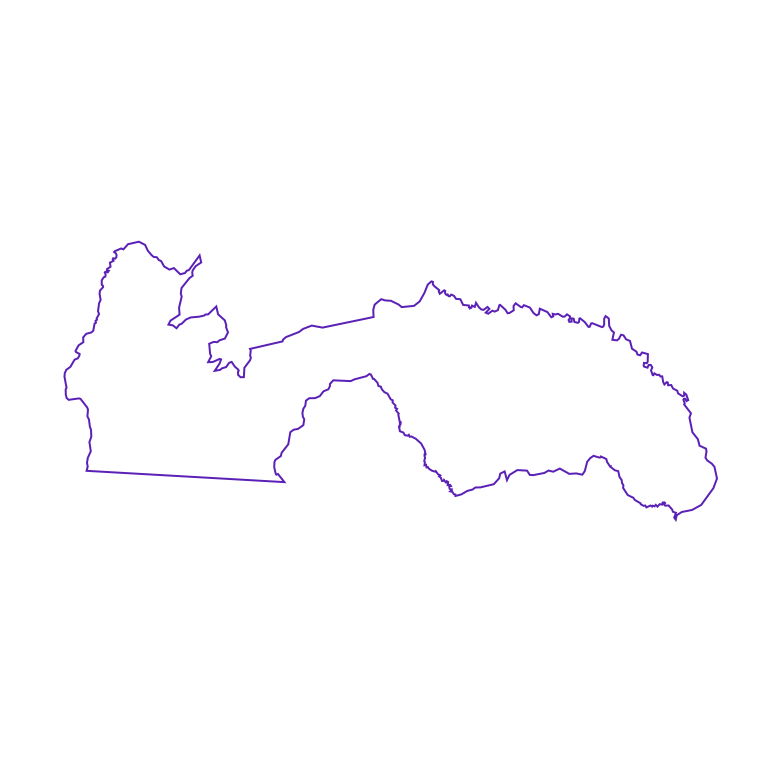 the district of São Félix do Araguaia, Mato Grosso, Brazil, rotated 172°
{"feature_id": "56859067B54991290304343", "entity_name": "São Félix do Araguaia", "entity_type": "district", "adm_level": 2, "iso_a3": "BRA", "parent_name": "Brazil", "parent_adm1": "Mato Grosso", "projection": "robinson", "projection_center": [-52.053, -11.478], "detail": "fine", "context": "isolated", "style": "outline", "palette": "violet", "viewbox_px": 768, "rotation_deg": 172, "n_neighbors": 0, "source": "geoboundaries", "source_scale": "gbopen_adm2", "svg_char_len": 6136}
<svg xmlns="http://www.w3.org/2000/svg" viewBox="0 0 768 768"><g transform="rotate(172 384 384)"><path d="M698.4,412.2L688.2,412.2L686.6,411.5L681.2,402.1L680.7,399.8L682.2,393.3L681.1,389.8L681.2,382.5L680.5,379.3L681.2,372.5L683.8,367.5L683.7,358.2L687.6,352.1L689.1,347.2L688.9,343.5L690.6,339.4L496.3,300.7L501.5,309.6L503.2,309.2L503.7,310.0L504.3,316.9L503.3,322.1L502.1,324.0L496.2,327.0L494.9,330.2L487.2,337.6L483.5,349.3L479.9,351.3L475.4,351.5L469.6,354.5L467.9,360.1L468.9,362.9L468.8,366.8L467.3,370.8L465.0,373.3L463.6,378.4L460.0,380.3L454.3,379.6L449.3,380.9L444.9,385.2L439.8,386.5L437.9,389.3L437.5,391.6L433.7,394.7L416.5,391.5L412.7,392.7L400.3,394.2L397.0,396.0L395.6,395.1L394.2,390.6L393.2,390.5L390.2,386.0L389.8,382.8L387.5,381.8L387.0,379.3L384.8,375.9L381.8,373.9L379.5,367.9L377.6,366.6L378.1,364.5L375.6,361.1L376.3,359.0L374.5,357.6L375.8,356.1L373.5,352.6L374.1,351.6L373.7,344.5L372.7,343.9L373.1,342.6L373.6,343.3L374.4,339.7L375.1,339.7L374.8,335.0L371.5,333.2L370.5,330.4L367.5,329.5L366.5,330.2L365.9,328.2L364.1,328.2L360.2,325.4L355.5,319.9L353.0,313.2L352.7,310.2L353.5,308.9L352.7,308.5L353.9,307.2L353.6,305.2L354.9,302.1L354.4,300.8L355.2,297.9L353.6,298.1L353.5,295.5L352.1,295.6L351.4,293.9L348.5,291.4L345.7,290.1L344.9,290.6L343.1,287.2L341.0,285.7L342.3,284.9L340.8,283.3L340.0,279.9L338.4,279.8L337.9,280.6L336.5,277.9L335.7,277.7L335.3,278.9L334.1,278.0L335.0,275.0L332.5,274.9L332.0,273.7L333.5,274.0L333.7,273.2L333.6,271.1L332.8,270.1L331.6,270.3L331.6,269.2L333.1,268.4L331.4,267.8L330.1,265.1L328.7,264.6L328.8,263.2L322.8,263.9L316.5,266.5L310.9,267.2L307.9,268.8L302.9,268.2L289.2,269.5L283.1,274.6L281.3,279.1L276.7,280.6L275.6,271.7L272.4,276.5L264.0,280.2L254.4,278.3L252.3,273.7L248.8,273.0L237.5,273.6L233.2,275.4L228.6,273.6L221.7,275.8L213.0,269.2L206.1,268.7L200.2,266.6L197.3,269.8L193.6,278.7L190.1,281.9L186.5,283.7L181.1,281.2L179.7,281.2L179.3,282.0L174.3,278.8L174.0,275.9L171.6,270.8L170.9,271.0L170.9,270.1L167.5,266.5L164.2,265.1L163.7,259.1L162.0,255.8L162.1,252.9L161.0,250.5L161.7,247.9L158.1,240.1L152.9,236.6L151.7,234.2L146.6,230.2L146.5,229.2L143.9,227.2L142.2,227.3L141.3,225.3L137.0,226.6L135.6,225.3L134.8,226.1L133.1,225.2L131.7,226.5L130.2,224.5L127.8,226.6L125.3,225.9L124.6,227.8L122.9,227.8L122.2,227.0L123.5,225.9L122.5,224.4L119.1,224.1L116.1,219.5L115.7,217.3L112.8,215.8L115.2,211.4L114.0,209.0L112.4,213.3L106.9,215.8L96.4,216.4L86.7,220.1L72.3,235.0L67.4,244.1L68.3,256.0L70.4,259.4L74.6,263.4L75.9,266.3L74.0,272.5L74.1,275.1L80.1,279.0L80.9,285.8L85.3,293.2L86.2,308.2L84.1,312.3L89.6,321.9L88.9,322.8L89.7,326.9L88.9,327.7L87.8,327.5L86.8,325.0L85.0,325.7L86.1,331.4L88.0,333.5L88.4,330.7L90.0,330.3L94.1,333.8L94.5,336.5L98.4,339.3L99.7,343.0L102.8,343.2L102.8,346.0L103.7,346.5L106.4,344.5L107.3,347.3L107.4,352.8L109.2,353.0L110.3,354.9L112.3,354.9L114.8,356.9L116.0,355.2L116.7,355.5L117.7,360.3L116.0,363.1L117.2,365.8L119.2,366.0L120.8,363.5L124.1,365.1L124.3,366.0L123.6,368.7L120.9,368.0L119.8,369.3L118.5,376.9L124.1,379.3L126.4,376.8L128.9,377.9L129.5,380.9L133.5,384.4L134.4,392.4L138.1,394.6L140.0,398.8L142.4,399.8L145.1,396.0L147.3,394.8L151.7,396.0L149.1,403.1L151.1,405.2L152.9,410.1L152.3,417.6L155.1,420.4L156.9,418.0L157.7,412.3L158.8,410.4L160.2,410.0L169.1,415.1L170.4,415.2L172.4,412.0L173.6,412.1L176.6,417.4L180.7,421.8L181.4,421.6L182.3,418.2L183.5,417.6L186.8,418.9L187.1,422.3L189.3,422.9L189.5,419.7L191.8,419.7L192.3,421.7L190.7,423.4L190.4,425.1L193.1,427.5L195.6,425.7L197.5,425.7L201.9,429.3L204.6,429.0L207.1,430.0L207.0,427.4L209.0,426.8L212.2,432.5L219.2,436.9L221.0,431.6L223.4,430.8L226.1,433.5L228.9,439.4L234.5,442.6L236.5,440.7L237.9,441.3L242.4,445.6L244.9,443.1L245.3,438.9L250.1,436.8L251.7,436.9L253.5,440.7L258.0,446.2L258.8,446.0L260.9,441.3L264.4,440.3L266.5,441.5L271.0,439.1L273.3,440.5L269.2,443.7L270.8,445.9L275.0,443.6L277.2,444.2L279.3,446.7L281.6,451.6L283.4,447.7L285.9,449.4L286.8,447.4L288.1,447.0L287.9,447.9L289.2,448.1L289.0,449.9L294.6,451.3L296.6,457.3L300.8,458.3L302.4,461.5L305.0,463.2L306.6,461.7L307.7,462.0L308.4,463.6L308.9,463.1L310.2,464.0L310.9,465.5L310.4,467.6L311.3,468.4L316.2,465.6L316.9,467.9L316.2,469.2L320.5,473.8L321.8,475.9L321.3,478.3L322.8,479.0L326.8,476.4L331.4,468.4L337.2,460.8L343.4,457.2L355.8,457.7L358.4,460.6L365.5,465.4L371.5,466.7L374.9,468.4L382.2,463.9L384.3,459.0L385.0,451.8L437.0,448.4L447.4,451.9L456.5,449.8L461.0,447.3L474.5,444.1L477.7,442.1L478.6,440.3L511.8,437.4L511.3,435.9L512.6,430.7L512.2,428.5L513.3,426.2L520.0,419.5L521.8,410.3L525.1,410.7L527.2,413.4L526.8,416.7L526.0,417.4L526.4,418.6L529.4,422.1L531.8,427.1L534.5,426.5L537.9,422.8L542.5,422.0L544.3,420.8L549.8,420.6L544.0,427.1L541.9,431.0L543.3,431.7L550.5,429.6L555.1,430.1L551.2,435.6L552.0,438.0L551.5,448.2L546.9,449.4L543.3,448.6L540.7,450.2L535.3,451.1L531.3,456.8L532.5,462.1L532.0,464.0L532.8,469.2L538.6,476.1L539.3,484.1L548.5,477.4L551.0,477.7L552.6,476.8L557.4,476.4L566.2,476.8L571.2,475.4L576.0,471.8L578.4,471.3L581.7,468.1L585.0,471.5L589.2,472.8L586.6,476.5L576.8,481.1L576.3,488.2L572.2,498.6L572.6,502.1L571.1,507.3L561.7,516.1L558.4,517.8L558.4,521.1L557.6,523.2L554.1,526.9L548.1,529.8L548.7,537.0L561.4,523.9L563.6,523.6L565.6,521.6L570.5,521.0L575.9,528.0L580.6,527.2L585.4,531.0L587.6,536.8L589.7,538.0L591.3,541.1L594.6,542.0L596.4,544.2L599.4,549.0L601.2,555.0L606.9,559.0L618.0,558.1L623.3,553.6L625.5,554.8L632.3,552.9L632.9,552.3L631.2,550.5L630.9,548.6L631.5,546.7L632.9,545.5L634.7,546.2L635.3,545.3L634.7,543.6L638.5,542.3L638.5,538.2L642.3,536.3L642.5,535.0L640.8,534.4L642.0,533.0L644.3,533.9L645.0,533.3L644.4,531.2L645.0,529.1L646.7,528.7L649.1,526.0L649.7,521.5L648.7,520.4L648.7,519.0L652.3,516.0L653.1,512.8L652.9,506.8L654.9,503.6L657.1,495.8L656.4,493.0L659.5,488.8L659.3,487.6L660.9,486.6L660.7,484.8L662.2,484.1L664.5,477.2L666.6,475.8L671.9,475.1L675.4,472.1L675.9,467.3L681.0,464.8L684.9,459.7L684.5,458.5L681.2,456.1L681.8,454.3L683.7,452.0L687.0,451.2L692.2,444.6L696.6,442.3L698.6,439.2L699.4,435.7L698.9,424.4L700.0,422.9L700.6,417.6L700.2,414.2L698.4,412.2Z" fill="none" stroke="#5b21b6" stroke-width="2"/></g></svg>